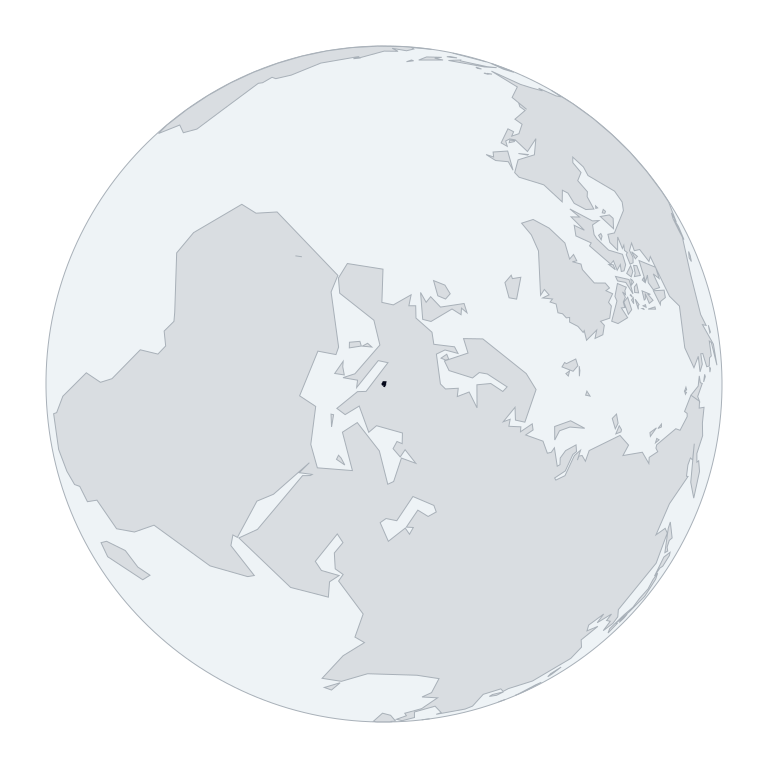 Doboj on an orthographic globe, rotated 85°
{"feature_id": "BIH-4801", "entity_name": "Doboj", "entity_type": "state/province", "adm_level": 1, "iso_a3": "BIH", "parent_name": "Bosnia and Herzegovina", "parent_adm1": "", "projection": "orthographic", "projection_center": [18.222, 44.862], "detail": "fine", "context": "on_globe", "style": "filled", "palette": "ink", "viewbox_px": 768, "rotation_deg": 85, "n_neighbors": 0, "source": "natural_earth", "source_scale": "10m", "svg_char_len": 11509}
<svg xmlns="http://www.w3.org/2000/svg" viewBox="0 0 768 768"><g transform="rotate(85 384 384)"><circle cx="384" cy="384" r="338" fill="#eef3f6" stroke="#a8b0b8"/><path d="M216.4,90.6L227.6,84.6L248.1,78.7L238.6,82.8L244.7,81.6L257.0,76.8L263.6,74.0L301.0,69.1L342.4,62.5L353.7,58.0L352.6,61.6L373.0,52.4L394.3,50.7L371.2,54.3L369.6,56.2L384.6,55.5L386.2,57.4L394.4,58.4L394.9,61.0L381.4,63.8L381.5,65.8L392.1,65.2L399.4,68.1L383.8,68.5L394.8,73.8L374.2,81.2L332.1,82.9L321.5,91.9L280.3,107.6L285.0,109.4L272.3,117.6L273.0,123.0L265.2,125.1L272.4,127.8L279.4,124.9L285.0,125.3L286.0,128.4L276.2,131.4L274.3,130.2L271.9,132.8L266.6,133.0L269.8,134.7L257.9,138.4L271.1,139.6L262.7,146.7L254.4,147.9L253.6,141.3L232.1,130.4L223.4,130.9L212.0,137.5L194.1,162.6L185.2,166.4L174.4,176.2L180.0,176.6L190.5,169.3L198.3,173.3L210.2,164.6L215.1,165.3L228.0,159.7L227.8,167.7L220.6,178.8L209.9,184.1L206.5,189.4L218.1,190.6L199.5,207.5L189.8,231.4L184.8,235.4L172.4,230.9L168.8,214.2L152.8,211.3L164.9,220.8L152.2,232.0L150.8,237.4L152.5,241.6L158.0,240.5L154.0,246.3L140.6,238.3L144.0,232.9L148.2,235.2L146.4,227.8L137.3,223.8L131.6,230.5L123.8,219.6L119.6,224.5L115.6,225.4L122.8,218.0L109.7,231.4L99.7,225.3L81.7,249.7L97.5,221.8L102.0,210.9L105.8,200.6L102.8,204.2L112.0,187.5L113.4,182.4L105.9,192.0L121.0,171.8L137.5,152.8L155.5,135.1L174.6,118.7L195.0,103.9L216.4,90.6ZM83.3,229.8L82.8,230.7L84.8,227.5L80.8,237.6L73.9,249.6L83.3,229.8ZM72.0,254.1L64.7,274.5L60.4,286.7L72.0,254.1ZM54.9,307.3L53.9,312.1L51.2,327.2L52.9,325.2L54.0,332.5L50.3,346.6L53.8,341.0L52.4,354.8L56.9,379.7L55.6,380.9L58.8,419.0L68.2,449.5L70.4,465.2L68.7,468.8L73.3,478.7L73.5,483.0L97.2,521.5L113.7,548.1L116.2,562.0L108.2,564.9L114.8,586.8L107.2,577.8L93.4,556.4L81.2,534.0L70.8,510.8L62.1,486.8L55.3,462.3L50.3,437.3L47.2,412.0L46.1,386.5L46.9,361.1L49.5,335.8L51.7,323.0L53.3,314.9L53.1,315.5L54.9,307.3ZM76.9,256.3L67.3,291.6L67.9,279.3L68.7,279.8L72.1,269.0L76.9,253.5L78.7,244.2L76.9,256.3ZM83.5,254.4L84.7,249.4L84.2,253.4L83.5,254.4ZM266.3,72.6L257.0,76.6L245.4,80.6L252.8,76.9L266.3,72.6ZM288.8,67.1L284.9,69.0L278.5,69.0L282.7,67.8L288.8,67.1ZM361.5,54.9L353.7,55.8L360.7,54.3L361.5,54.9ZM395.4,58.1L397.1,57.4L400.6,58.3L395.4,58.1ZM227.2,155.8L227.5,157.7L225.0,157.7L227.2,155.8ZM232.5,151.7L229.2,150.4L231.3,148.3L233.2,149.2L232.5,151.7ZM404.7,63.3L409.8,65.4L402.3,63.7L404.7,63.3ZM236.0,153.9L235.2,144.8L238.9,141.3L249.3,141.8L236.0,153.9ZM411.2,66.9L423.8,72.6L428.7,71.2L421.9,79.2L413.5,71.2L403.4,69.2L410.2,68.8L411.2,66.9ZM281.2,122.7L273.8,125.8L279.0,120.4L281.2,122.7ZM283.2,119.2L291.4,103.3L302.9,100.7L297.8,106.2L312.0,101.1L313.5,107.5L306.1,111.9L298.4,112.1L304.9,114.5L283.2,119.2ZM416.2,83.0L417.2,85.1L413.5,83.5L416.2,83.0ZM287.6,125.0L288.2,121.8L298.2,119.2L298.8,125.2L295.4,124.1L287.6,125.0ZM314.9,96.8L322.4,96.2L325.8,101.2L329.1,101.8L314.6,107.5L314.9,96.8ZM293.6,126.3L298.8,128.4L295.0,132.6L287.6,128.0L293.6,126.3ZM300.6,116.1L305.4,115.3L302.9,117.7L300.6,116.1ZM284.5,149.7L285.1,145.4L290.3,143.6L284.5,149.7ZM301.0,129.0L302.3,127.5L304.4,126.5L306.9,128.8L301.0,129.0ZM317.9,110.8L317.7,113.2L324.1,108.7L326.8,112.7L316.6,115.9L322.1,116.2L323.0,117.4L313.7,118.8L317.9,110.8ZM315.9,128.1L303.9,134.3L301.7,142.3L297.0,144.0L301.3,130.8L315.9,128.1ZM315.4,122.4L314.7,126.3L309.2,126.2L306.3,123.6L315.4,122.4ZM332.4,114.3L330.8,107.4L333.1,107.0L332.4,114.3ZM316.4,130.4L319.3,128.9L316.9,131.0L316.4,130.4ZM328.7,119.1L327.8,116.6L330.4,116.2L328.7,119.1ZM325.8,128.2L321.9,130.1L319.8,128.2L325.8,128.2ZM328.0,124.0L331.8,124.1L321.4,126.4L327.2,123.0L328.0,124.0ZM331.3,119.2L332.6,118.1L331.3,120.3L331.3,119.2ZM335.9,134.5L323.3,137.9L318.8,133.7L331.6,130.8L335.9,134.5ZM216.6,560.5L192.6,510.0L202.7,496.6L203.3,475.5L271.8,420.5L287.7,428.7L343.3,426.0L350.5,429.3L345.5,447.0L388.4,469.1L400.4,454.0L437.8,462.2L461.7,457.7L467.5,423.0L428.4,429.6L420.1,414.0L450.2,394.5L484.2,389.0L482.0,382.9L459.3,373.1L465.8,359.2L451.3,368.7L458.1,374.2L449.2,380.6L442.4,376.1L445.0,371.1L434.4,369.9L424.9,395.1L430.8,403.4L403.8,410.6L411.1,425.4L404.2,433.1L389.3,411.1L389.8,402.5L363.1,378.2L360.2,387.7L385.2,411.6L377.9,410.0L374.1,424.3L371.3,412.1L344.8,384.7L319.6,388.5L289.7,420.2L274.5,420.2L260.8,410.0L269.5,375.0L302.5,379.0L306.0,367.8L297.5,349.2L308.2,352.4L308.8,345.6L321.1,346.4L336.6,331.7L348.8,330.9L353.1,310.5L360.0,307.6L355.4,320.3L358.8,329.2L388.9,327.8L394.3,323.2L394.7,310.4L402.9,312.1L399.4,299.9L415.9,293.4L392.9,291.5L392.8,277.6L401.8,266.3L397.6,261.6L383.0,280.2L380.9,288.1L385.7,295.3L376.3,318.0L366.3,321.8L360.5,297.6L345.7,300.8L347.7,281.6L386.0,241.4L402.8,233.0L434.3,247.0L431.4,256.2L418.6,255.5L432.0,268.5L430.1,261.4L437.0,263.3L438.6,251.4L443.5,252.2L436.6,239.8L442.8,239.5L447.1,247.3L454.8,230.6L467.2,227.3L466.6,223.3L462.4,219.8L481.0,218.6L479.7,215.7L473.1,214.9L466.2,208.9L461.4,198.0L468.1,198.1L470.7,202.0L486.4,211.0L492.5,222.2L494.7,221.2L491.1,211.7L471.9,200.6L467.1,194.0L476.7,198.0L472.8,196.0L472.5,192.9L478.5,190.1L468.2,185.4L455.8,153.4L466.2,145.7L476.1,152.2L474.5,132.6L486.3,127.1L480.2,126.2L475.3,117.2L471.6,118.7L468.3,117.6L454.0,97.2L455.9,93.1L442.9,84.8L439.7,84.6L437.6,87.0L421.9,79.2L428.7,71.2L435.5,72.1L435.1,67.2L450.6,70.2L463.3,71.1L480.5,78.4L489.1,79.1L487.9,77.2L498.6,77.3L524.7,85.4L508.7,87.0L470.5,80.1L486.5,83.2L484.4,85.2L491.1,88.3L502.2,90.7L502.6,89.2L528.2,110.1L558.0,126.2L552.3,116.5L557.2,114.8L586.2,128.5L629.2,170.2L636.3,171.4L642.4,176.8L648.8,187.1L640.1,179.3L639.0,182.9L633.0,177.4L640.4,192.4L632.3,185.2L642.0,201.1L647.6,203.3L644.1,192.1L656.1,209.9L663.4,210.2L673.6,221.8L692.8,261.9L698.3,286.7L700.6,292.1L697.9,294.2L701.8,312.2L712.6,323.9L714.9,331.6L717.6,360.8L716.4,355.6L709.4,361.2L713.4,382.3L718.9,382.7L721.0,395.2L719.1,400.8L716.4,390.6L713.8,392.0L710.7,374.9L701.3,358.0L699.1,373.4L695.6,363.5L682.3,354.9L677.0,376.6L671.2,425.6L676.5,452.3L671.8,471.3L651.1,448.4L639.9,426.0L633.6,435.0L611.3,424.8L576.3,446.4L570.2,441.3L563.9,448.7L548.0,448.2L538.4,438.7L529.3,443.6L554.7,467.9L564.3,462.6L570.9,445.4L576.3,455.5L591.5,458.0L578.5,494.8L524.7,542.0L517.8,522.7L468.2,473.1L468.8,465.5L468.5,464.8L467.8,463.4L465.0,476.1L455.9,465.2L484.2,503.7L489.6,520.8L524.0,543.4L521.2,547.7L531.7,550.6L563.5,529.9L564.0,536.6L550.0,573.2L504.6,625.4L509.7,645.5L504.9,663.0L474.7,680.1L475.4,689.7L459.5,696.0L457.2,701.0L443.3,707.5L420.9,713.8L384.8,715.7L384.0,712.6L368.2,705.0L346.9,679.6L357.6,666.3L355.0,654.5L328.7,623.8L334.5,606.6L327.1,598.2L312.1,598.4L303.3,587.8L294.1,586.2L235.3,579.1L216.6,560.5ZM250.1,454.7L248.6,461.1L250.1,454.7ZM521.8,399.9L541.1,393.4L529.4,375.4L535.9,371.7L529.5,367.3L528.5,374.2L512.6,361.3L519.8,351.6L516.0,343.1L509.3,344.9L498.6,365.0L521.3,383.2L518.2,393.7L521.8,399.9ZM57.2,380.3L57.3,386.1L56.2,382.1L57.2,380.3ZM65.5,282.8L64.6,288.2L63.4,292.9L63.5,289.7L65.5,282.8ZM64.6,326.3L64.9,333.5L63.6,328.4L64.6,326.3ZM66.4,296.9L64.3,321.2L61.9,313.1L63.6,298.0L63.9,305.1L66.4,296.9ZM78.7,259.4L77.7,263.5L76.3,264.9L78.7,259.4ZM83.1,257.4L83.1,256.3L84.7,252.9L83.1,257.4ZM153.0,232.4L153.9,233.2L154.5,238.3L152.0,237.4L153.0,232.4ZM171.1,253.3L164.3,262.3L167.4,255.0L162.4,255.1L162.7,240.5L182.3,236.8L173.4,240.8L171.1,253.3ZM168.5,220.9L166.1,230.0L168.0,220.3L168.5,220.9ZM299.9,310.2L304.7,315.3L300.8,322.7L285.3,325.6L290.8,314.7L299.9,310.2ZM312.3,321.0L310.8,297.2L320.3,295.1L315.2,300.2L321.7,301.2L315.2,309.7L325.8,331.7L323.0,339.8L296.0,339.6L306.3,334.9L301.1,329.9L312.3,321.0ZM290.2,246.9L289.6,238.4L311.0,244.5L309.0,251.9L293.5,254.7L286.7,247.8L290.2,246.9ZM254.6,157.3L253.0,154.9L255.7,153.9L259.3,155.1L254.6,157.3ZM284.3,147.8L264.3,167.2L261.5,165.3L253.2,179.9L242.5,180.7L248.3,171.0L233.8,183.1L234.7,174.7L225.8,183.6L239.7,162.1L239.9,155.6L243.7,162.4L253.5,161.7L257.8,159.4L270.2,148.6L275.6,135.1L286.2,132.9L292.2,135.0L292.6,137.8L285.6,138.2L291.0,141.8L281.2,144.7L284.3,147.8ZM357.0,169.8L348.8,167.4L358.1,178.4L348.3,179.9L350.0,181.1L343.5,185.8L338.5,193.7L333.9,193.3L334.0,196.6L329.6,200.0L328.2,204.5L319.3,205.6L316.8,211.4L314.0,208.7L312.1,218.5L309.6,211.8L303.8,216.0L309.3,220.3L264.9,218.5L248.3,224.2L235.8,232.9L233.1,221.1L243.1,205.9L259.3,191.5L275.7,188.2L271.5,183.9L278.1,181.2L278.6,185.7L281.7,177.3L287.3,176.4L301.7,165.7L302.7,154.8L308.0,151.0L310.4,154.8L314.0,148.4L322.2,153.2L326.1,150.7L338.1,153.4L340.4,162.8L344.7,159.4L354.0,161.7L357.0,169.8ZM339.2,135.5L344.2,145.6L341.3,151.7L321.6,144.7L316.9,146.3L304.2,142.7L308.7,134.2L311.9,135.9L316.1,135.6L313.0,138.4L318.6,136.0L323.2,138.5L328.8,137.4L328.9,140.9L339.2,135.5ZM357.8,422.7L363.2,423.6L371.5,422.8L369.2,432.2L357.8,422.7ZM339.4,404.3L344.2,403.3L345.0,415.4L339.4,414.8L339.4,404.3ZM346.1,392.9L344.4,402.3L342.0,396.8L346.1,392.9ZM359.8,318.9L364.8,317.4L365.6,320.4L363.2,324.9L359.8,318.9ZM382.5,205.2L378.3,202.2L379.6,200.5L375.8,190.8L382.7,189.3L387.8,194.5L382.5,205.2ZM461.3,430.1L454.9,437.9L451.0,435.5L454.0,433.2L461.3,430.1ZM410.2,436.9L422.2,440.0L409.4,439.4L410.2,436.9ZM389.5,201.9L387.1,198.0L392.1,199.7L389.5,201.9ZM387.6,187.7L393.3,188.7L383.2,188.0L387.6,187.7ZM558.0,641.4L532.0,674.3L517.4,679.7L516.5,674.1L527.4,656.2L544.9,645.2L554.1,633.8L558.0,641.4ZM719.9,421.0L719.1,424.0L711.8,414.2L714.6,406.3L720.9,401.8L720.7,406.9L721.2,405.8L719.9,421.0ZM721.8,375.7L721.6,369.6L721.5,367.7L721.8,375.7ZM677.8,453.7L684.3,463.0L681.1,469.9L677.8,453.7ZM710.7,297.8L708.9,291.0L709.1,291.6L710.7,297.8ZM705.7,280.5L705.3,279.6L704.3,276.4L705.1,278.9L705.7,280.5ZM703.9,299.0L704.4,306.3L702.8,303.0L701.1,291.8L703.9,299.0ZM681.4,232.2L687.6,242.0L689.9,246.4L687.1,243.3L681.4,232.2ZM445.6,187.9L443.1,202.6L445.9,213.2L454.7,218.8L441.2,217.7L436.9,201.3L445.6,187.9ZM453.9,157.4L446.1,153.3L450.1,151.4L452.4,152.1L453.9,157.4ZM448.8,157.5L438.2,159.6L434.2,155.0L443.4,154.2L448.8,157.5ZM414.0,179.8L412.7,184.1L408.8,182.5L414.0,179.8ZM703.4,273.7L704.4,276.9L696.9,259.1L694.9,253.3L701.5,268.6L703.4,273.7ZM642.1,170.5L638.3,167.3L634.5,161.8L638.2,165.5L642.1,170.5ZM618.3,142.8L632.2,159.4L642.7,173.9L642.9,172.6L651.6,182.5L647.4,180.5L634.8,164.9L628.0,155.4L620.2,148.4L611.1,138.8L602.5,133.2L596.3,127.9L602.0,130.3L618.3,142.8ZM599.0,131.3L580.8,120.3L576.6,113.7L579.7,114.6L589.8,122.2L591.4,125.2L599.0,131.3ZM575.1,115.9L576.5,118.9L552.5,113.4L546.4,110.8L562.5,110.4L564.6,113.4L571.2,116.2L575.1,115.9ZM420.5,84.6L417.5,85.1L418.7,83.4L420.5,84.6ZM466.3,118.7L462.0,117.0L463.6,114.8L466.3,118.7ZM451.0,111.4L452.2,115.0L448.1,111.1L451.0,111.4ZM455.6,123.3L451.4,116.4L459.4,123.2L455.6,123.3Z" fill="#d9dde1" stroke="#a8b0b8" stroke-width="1"/><path d="M382.1,382.5L382.3,382.8L382.6,382.7L382.8,382.6L383.0,382.3L383.5,382.5L383.7,382.8L383.8,382.9L383.9,383.0L384.0,383.1L384.2,383.3L384.4,383.3L384.5,383.3L384.5,383.2L384.8,382.9L385.0,382.7L385.1,382.8L385.1,383.0L385.3,383.3L385.6,383.5L385.8,383.5L386.0,383.6L386.1,383.8L386.3,383.8L386.2,384.1L385.8,383.9L385.6,383.9L385.4,384.0L385.2,384.0L385.1,383.9L385.1,383.7L384.7,383.7L384.5,383.8L384.4,384.2L384.3,384.4L384.1,384.4L383.8,384.4L383.6,384.4L383.4,384.4L383.4,384.5L383.5,384.8L383.8,385.0L384.0,385.0L384.4,385.2L384.6,385.2L384.7,385.4L384.7,385.5L384.3,385.7L383.9,385.7L383.6,385.7L383.4,385.2L383.1,384.8L382.7,384.8L382.3,384.9L382.1,384.8L382.0,384.6L381.9,384.3L381.9,383.9L382.0,383.7L382.1,383.3L382.0,383.0L382.0,382.8L382.1,382.5Z" fill="#0f172a" stroke="#020617" stroke-width="1.5"/></g></svg>